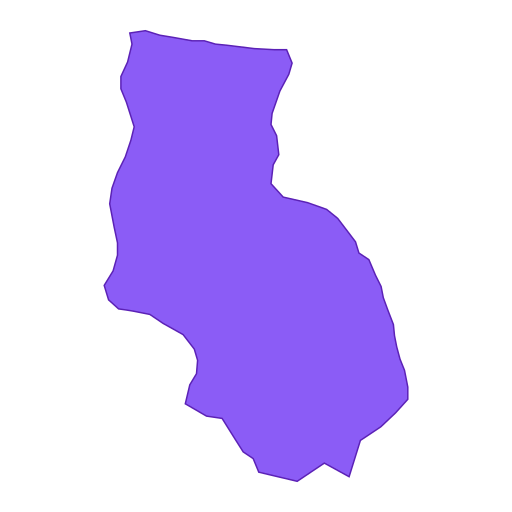 outline of Krini, Cyprus
{"feature_id": "46923920B47600547023009", "entity_name": "Krini", "entity_type": "district", "adm_level": 2, "iso_a3": "CYP", "parent_name": "Cyprus", "parent_adm1": "", "projection": "albers", "projection_center": [33.246, 35.277], "detail": "fine", "context": "isolated", "style": "filled", "palette": "violet", "viewbox_px": 512, "rotation_deg": 0, "n_neighbors": 0, "source": "geoboundaries", "source_scale": "gbopen_adm2", "svg_char_len": 1074}
<svg xmlns="http://www.w3.org/2000/svg" viewBox="0 0 512 512"><path d="M349.1,476.7L360.4,440.4L380.8,426.8L395.6,412.8L407.8,399.3L407.8,387.1L404.5,370.3L400.0,359.1L396.7,346.8L394.5,335.7L393.4,324.5L387.8,310.0L383.3,297.7L381.1,286.5L375.5,275.3L368.9,259.7L358.9,253.0L355.5,241.8L337.7,218.4L326.6,209.4L307.7,202.7L283.2,197.1L271.0,183.7L273.2,164.8L278.8,154.7L276.6,135.7L271.0,124.5L272.1,113.4L279.9,91.0L288.8,74.3L292.1,63.1L286.6,49.7L274.3,49.7L254.3,48.6L226.5,45.2L215.4,44.1L204.3,40.8L192.1,40.8L173.2,37.4L159.8,35.2L145.4,30.7L129.8,33.0L132.0,44.1L127.6,62.0L120.9,76.5L120.9,88.8L126.4,102.2L134.2,126.8L130.9,140.2L125.3,156.9L117.5,172.6L112.0,188.2L109.7,203.8L114.2,227.3L117.5,242.9L117.5,255.2L113.1,270.9L104.2,285.4L108.6,299.9L118.6,308.9L126.4,310.0L133.1,311.1L144.2,313.3L149.8,314.4L163.1,323.4L183.1,334.6L194.3,349.1L197.6,360.3L196.5,373.7L189.8,384.8L185.3,403.8L206.5,416.1L222.1,418.4L235.4,439.6L243.2,451.9L253.2,458.6L258.8,472.2L297.2,481.3L324.3,463.1L349.1,476.7Z" fill="#8b5cf6" stroke="#5b21b6" stroke-width="1.5"/></svg>